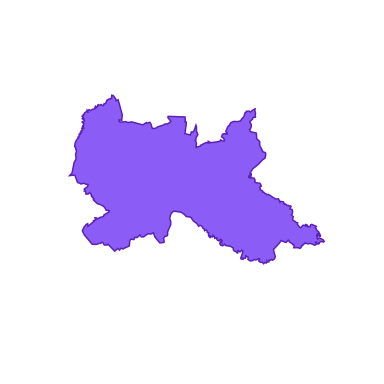 Ixcatepec, Veracruz, Mexico, rotated 130°
{"feature_id": "50627088B76588814495844", "entity_name": "Ixcatepec", "entity_type": "district", "adm_level": 2, "iso_a3": "MEX", "parent_name": "Mexico", "parent_adm1": "Veracruz", "projection": "natural_earth1", "projection_center": [-98.025, 21.249], "detail": "fine", "context": "isolated", "style": "filled", "palette": "violet", "viewbox_px": 384, "rotation_deg": 130, "n_neighbors": 0, "source": "geoboundaries", "source_scale": "gbopen_adm2", "svg_char_len": 6052}
<svg xmlns="http://www.w3.org/2000/svg" viewBox="0 0 384 384"><g transform="rotate(130 192 192)"><path d="M257.4,282.5L254.8,280.3L254.0,277.7L253.0,276.7L253.2,276.2L255.4,275.5L258.8,276.4L260.4,275.1L259.6,274.7L261.8,271.7L260.0,270.1L258.4,270.1L258.4,267.9L259.1,267.4L258.9,266.7L260.0,266.1L260.3,262.6L261.4,262.6L261.8,257.0L260.5,254.2L259.9,251.2L260.0,248.8L261.3,246.0L259.8,244.2L259.6,243.3L260.2,243.3L260.5,242.7L266.1,244.7L267.3,244.2L268.4,244.4L270.2,245.9L273.7,247.2L273.1,248.2L274.1,249.7L275.5,247.9L277.2,249.0L277.4,248.2L285.1,249.7L283.3,251.6L284.7,252.1L287.9,252.2L292.2,251.1L294.0,247.1L296.2,235.0L294.1,232.1L290.0,229.1L288.2,228.6L288.3,226.7L289.0,225.2L286.9,222.7L286.0,222.7L287.0,213.2L282.9,212.6L283.1,210.2L280.8,210.3L279.8,208.0L279.2,208.1L273.7,205.3L269.6,208.2L268.1,208.6L267.3,208.4L265.8,206.0L263.4,206.7L262.6,205.2L261.5,204.6L258.5,204.3L259.0,202.0L257.4,200.2L252.2,198.9L250.5,196.3L248.0,195.4L250.3,191.5L251.7,184.0L248.7,181.1L247.9,181.3L246.1,183.7L245.0,184.2L243.5,184.2L241.6,182.9L240.4,183.2L238.2,185.1L230.7,187.3L228.2,189.4L226.6,192.1L222.4,194.1L219.4,194.0L217.9,193.0L214.4,187.1L214.1,183.2L214.5,180.6L212.8,178.1L212.2,176.4L213.3,172.4L213.0,168.2L214.0,164.9L212.3,164.3L211.8,162.8L212.7,160.1L212.5,158.9L213.5,157.5L212.1,156.8L211.9,155.8L213.0,154.6L212.5,152.8L213.3,152.8L215.0,150.9L215.3,148.8L214.5,148.7L214.0,149.7L213.3,147.4L212.7,147.3L211.7,148.1L211.7,146.1L212.8,144.8L211.5,144.0L211.2,143.2L212.4,142.5L212.5,141.3L211.9,139.5L211.4,139.2L211.0,139.9L210.0,139.9L209.7,139.0L209.8,137.9L210.9,137.7L211.7,136.5L212.2,137.8L213.5,137.8L214.3,135.7L213.3,133.8L211.0,133.4L211.3,131.6L208.9,127.8L208.4,124.5L209.8,123.0L210.0,121.9L209.4,119.8L209.7,118.3L209.2,117.8L207.6,119.3L207.1,118.7L207.3,117.3L206.7,116.5L204.6,116.5L204.4,115.6L205.3,114.5L211.4,112.1L211.7,111.3L210.7,109.6L209.9,110.4L208.4,108.6L207.5,108.7L206.3,109.7L205.8,107.2L207.7,105.7L207.4,103.0L205.4,101.3L204.0,101.3L203.1,99.4L199.8,97.8L199.6,97.3L200.2,96.8L201.8,96.7L202.1,95.8L201.7,94.1L200.7,93.1L200.9,91.0L199.1,90.9L198.8,89.5L197.1,89.3L196.4,90.2L196.2,88.3L194.7,89.0L194.4,88.3L192.7,87.9L192.6,86.5L190.4,85.8L188.0,86.6L184.2,92.1L183.4,92.6L174.7,92.2L172.1,92.6L170.2,87.5L167.0,87.3L167.0,86.2L167.7,85.3L167.1,82.0L167.6,81.0L166.9,80.3L167.6,79.1L169.2,78.2L166.1,74.5L166.2,73.4L165.2,72.9L163.6,72.9L162.7,73.5L161.6,72.8L160.5,73.2L159.0,72.3L158.3,72.6L157.4,70.1L155.1,67.9L153.9,63.7L151.8,63.1L151.1,65.0L150.4,64.5L150.8,64.0L150.8,61.9L149.7,61.4L149.1,62.2L147.0,61.3L145.7,59.0L144.9,58.9L144.3,60.7L145.2,64.9L147.3,65.6L146.3,67.0L145.2,67.4L145.4,69.1L144.7,68.1L143.4,69.1L143.0,68.8L144.2,66.5L143.4,65.3L142.8,65.6L141.0,69.7L141.3,71.2L140.3,73.2L140.2,74.6L138.4,74.7L139.8,79.4L141.1,80.0L142.7,79.3L143.4,79.9L143.5,80.8L144.2,81.1L143.3,82.8L143.8,84.0L145.0,83.1L145.4,84.9L146.3,85.7L149.2,85.7L149.8,86.6L149.1,90.4L147.7,91.3L148.5,93.0L148.2,93.9L148.8,96.5L148.3,97.4L145.8,98.5L145.7,101.2L144.3,101.2L142.3,102.3L141.0,104.2L142.1,105.9L141.1,106.6L139.5,106.7L139.3,107.6L140.2,108.4L140.4,109.9L141.1,110.3L141.1,112.8L142.2,113.2L140.7,115.6L142.2,118.1L143.3,118.1L141.6,121.3L143.7,123.6L144.7,131.9L145.8,132.8L145.8,134.5L146.3,135.3L146.0,137.0L146.7,137.7L145.8,138.7L146.4,141.3L145.6,141.8L144.9,143.3L142.9,142.7L141.8,145.0L141.9,146.0L143.5,148.5L144.1,150.4L142.4,151.2L141.5,153.5L143.0,155.6L142.5,157.1L144.0,156.7L144.3,158.0L143.4,158.8L141.5,157.2L141.2,158.6L140.4,157.9L140.0,158.2L140.1,159.7L135.4,160.4L128.4,159.0L121.7,158.6L119.2,157.8L116.0,159.5L114.6,161.1L115.8,163.9L115.0,164.7L112.8,170.1L109.8,172.6L109.6,176.6L105.5,180.6L108.2,186.0L107.2,188.1L106.3,187.7L103.5,188.8L102.2,190.2L101.0,192.9L97.0,192.5L96.2,193.1L95.1,192.7L94.2,191.6L93.5,191.7L92.9,192.8L91.0,193.8L89.2,196.2L87.8,197.1L90.0,198.1L93.3,198.7L93.3,200.2L95.2,202.2L95.9,201.8L97.1,202.3L101.0,200.7L104.1,200.9L106.4,200.5L109.0,202.6L111.0,205.3L113.8,206.8L116.3,206.5L116.7,205.9L118.4,206.7L123.9,205.0L124.4,203.9L124.1,203.2L124.9,202.3L126.9,205.1L128.2,205.8L129.0,205.5L130.7,204.7L130.6,201.4L131.5,200.9L131.8,200.0L133.4,201.2L133.7,203.6L134.9,203.3L136.1,203.8L143.0,210.1L142.4,210.5L142.7,212.2L144.2,211.3L144.9,212.9L150.6,215.4L151.1,215.0L155.2,217.5L151.6,220.1L150.3,222.7L149.5,222.5L148.2,223.7L144.3,224.4L142.4,227.8L139.2,230.4L138.3,231.9L143.8,229.8L145.2,229.8L146.5,231.1L149.4,229.9L151.8,235.0L143.6,240.1L142.1,241.4L142.8,242.7L141.5,243.1L139.0,245.6L149.4,258.9L150.5,258.3L151.5,253.6L152.8,253.6L155.6,254.6L157.3,256.4L159.4,257.1L163.8,260.0L167.0,261.1L168.8,263.2L165.9,267.9L165.7,269.1L168.4,270.8L168.2,271.6L172.2,272.9L177.3,283.7L178.4,284.2L180.1,286.1L180.7,287.9L184.0,291.1L184.4,292.1L184.9,293.2L183.4,294.1L182.3,291.9L177.8,294.9L168.8,307.9L170.9,308.9L169.8,310.0L168.7,314.4L169.5,315.7L171.9,313.9L172.9,314.6L173.7,314.4L174.2,315.4L176.5,316.2L179.5,315.1L181.3,316.1L181.7,315.6L183.1,315.6L183.4,317.8L183.8,317.7L185.3,319.2L185.4,320.0L186.2,320.0L186.4,319.5L188.2,319.6L188.3,320.8L188.7,320.4L189.5,320.9L190.0,320.4L189.7,319.7L191.2,320.1L192.1,321.1L195.1,322.3L195.0,323.7L196.2,324.1L196.6,324.8L197.8,324.6L197.7,324.0L197.1,324.5L197.5,323.1L198.6,324.6L200.0,325.1L202.7,324.7L203.4,325.0L203.3,324.3L204.4,324.3L204.6,323.7L204.9,324.1L205.2,322.5L205.8,322.8L205.9,321.9L206.3,322.3L206.1,321.2L206.7,320.1L207.7,320.7L208.7,320.2L208.7,321.0L209.0,321.1L209.2,318.4L209.5,319.2L210.0,318.3L211.3,317.7L211.6,318.2L212.6,317.3L211.4,316.5L212.5,317.0L212.9,317.6L213.2,317.5L213.1,316.2L214.2,317.1L214.9,315.6L216.0,316.2L216.6,315.6L216.6,316.0L218.3,315.7L218.3,315.0L220.1,315.5L219.9,314.8L220.8,315.0L222.5,313.9L223.2,314.5L223.3,314.0L226.7,313.8L229.6,313.0L232.6,311.1L233.0,309.2L233.9,308.7L233.9,308.2L235.3,306.5L238.0,305.4L241.0,302.1L245.3,301.2L254.6,296.1L258.1,296.3L254.7,293.0L254.5,292.3L258.0,286.4L258.2,285.2L257.3,283.7L257.4,282.5Z" fill="#8b5cf6" stroke="#5b21b6" stroke-width="1.5"/></g></svg>